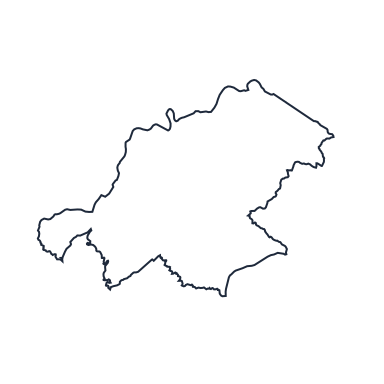 Villavieja, Huila, Colombia, rotated 32°
{"feature_id": "7082276B65922719732159", "entity_name": "Villavieja", "entity_type": "district", "adm_level": 2, "iso_a3": "COL", "parent_name": "Colombia", "parent_adm1": "Huila", "projection": "albers", "projection_center": [-75.128, 3.284], "detail": "fine", "context": "isolated", "style": "outline", "palette": "slate", "viewbox_px": 384, "rotation_deg": 32, "n_neighbors": 0, "source": "geoboundaries", "source_scale": "gbopen_adm2", "svg_char_len": 6061}
<svg xmlns="http://www.w3.org/2000/svg" viewBox="0 0 384 384"><g transform="rotate(32 192 192)"><path d="M87.1,313.9L88.3,313.8L89.0,314.0L90.1,314.7L90.3,315.3L91.6,315.6L92.0,316.7L94.8,316.3L95.4,317.2L95.3,317.7L96.0,318.3L96.0,319.3L96.8,319.8L98.8,319.0L99.8,319.5L100.5,319.4L101.4,319.0L102.2,317.8L103.2,317.6L105.7,319.1L106.8,318.9L107.2,319.2L108.5,317.5L109.4,317.1L109.9,317.6L110.5,319.2L113.3,320.6L115.5,319.2L116.8,319.0L118.8,319.4L117.1,317.2L116.2,317.1L117.1,316.5L116.8,315.7L115.9,309.9L115.7,306.6L117.2,301.8L117.0,300.3L115.3,298.9L116.2,293.6L117.4,291.5L117.8,289.6L120.3,288.2L124.9,281.5L125.8,277.0L127.0,278.0L126.5,279.7L126.6,284.2L127.2,285.8L127.8,286.7L128.8,287.3L131.8,287.6L132.6,289.1L131.9,290.0L130.4,290.5L130.3,291.5L130.7,292.0L132.2,291.9L134.2,290.0L136.4,289.3L138.8,289.7L140.0,290.3L141.0,291.0L141.9,292.4L142.4,292.6L143.0,292.6L145.1,291.5L146.0,291.6L148.8,293.3L150.5,295.7L151.1,295.4L152.1,294.3L152.8,294.5L154.0,297.9L154.8,298.5L154.8,299.7L155.2,299.9L155.9,299.8L156.7,298.6L156.5,296.3L156.7,295.3L157.2,294.8L157.6,295.1L158.1,296.6L157.6,300.7L158.0,301.6L160.2,304.5L160.0,307.1L160.4,308.5L161.7,310.3L164.1,312.0L164.1,312.4L163.4,312.9L163.4,313.2L163.7,313.5L164.9,313.0L167.2,311.3L167.7,310.2L169.3,310.4L169.7,311.3L171.0,312.0L170.0,312.9L168.2,313.0L167.9,313.4L167.7,314.3L168.4,316.7L169.0,317.0L170.0,316.1L170.6,316.0L171.4,316.5L171.7,317.6L174.2,318.1L173.6,315.7L175.2,313.6L177.9,310.9L179.3,308.6L179.4,308.1L178.4,306.3L178.9,304.2L180.3,302.8L180.4,302.0L182.7,299.5L183.3,297.3L184.3,295.9L184.1,294.8L185.0,291.6L185.5,290.9L187.3,289.7L188.6,288.2L193.8,270.5L194.1,270.2L196.0,270.6L197.4,264.4L198.4,262.6L199.3,263.8L200.1,264.3L200.4,263.7L201.3,263.7L201.6,263.9L201.8,264.7L203.6,265.3L204.5,264.9L205.2,264.9L205.3,264.2L206.3,263.6L206.6,263.9L206.6,265.7L207.4,267.6L207.4,268.4L208.6,268.5L209.8,268.1L210.5,268.5L212.7,267.3L213.2,267.3L213.4,268.1L214.3,268.8L214.3,270.4L215.5,270.4L216.7,269.9L217.3,270.0L218.2,271.0L218.4,272.0L219.3,271.3L220.5,269.1L221.7,269.0L221.7,269.6L221.9,269.8L223.0,269.4L223.9,269.6L224.7,270.8L226.0,270.3L227.0,270.3L227.6,270.9L228.1,272.6L227.9,274.3L230.0,272.9L230.6,272.9L232.5,274.6L233.0,275.9L232.8,276.6L233.2,276.7L235.1,276.3L235.9,275.3L236.0,274.1L237.0,272.6L240.6,271.6L241.0,270.6L242.3,270.9L243.0,271.9L244.6,271.1L246.6,271.6L248.2,269.6L250.2,268.9L252.0,267.5L252.7,266.6L255.7,266.9L256.6,265.5L257.7,265.0L257.7,264.1L259.1,264.4L259.5,264.3L260.1,262.7L260.5,262.5L262.3,262.9L263.6,262.0L264.6,260.7L266.0,260.9L266.1,261.3L267.0,260.8L267.3,260.8L269.4,263.5L271.5,264.4L273.0,264.3L275.7,262.3L273.4,258.8L272.2,256.2L268.5,244.8L268.4,242.6L269.0,241.1L269.9,237.2L270.7,235.5L275.3,229.8L278.1,225.7L281.8,222.9L283.7,220.8L290.4,206.8L292.4,203.7L294.7,201.5L296.9,198.2L302.5,195.8L304.1,195.8L305.0,194.8L303.7,193.5L302.7,190.1L300.3,188.7L299.2,188.5L296.0,188.8L293.5,187.7L292.1,188.2L290.0,188.1L289.5,188.6L287.3,189.1L285.5,189.1L283.7,188.3L282.7,188.2L282.3,188.3L281.9,189.3L281.1,189.3L278.2,187.9L277.1,187.7L275.8,187.0L275.1,186.9L274.0,185.7L272.9,185.2L272.0,185.7L270.7,185.7L269.5,186.2L266.5,185.7L264.4,186.0L263.5,185.7L262.7,184.6L262.2,184.4L261.5,184.5L260.8,186.1L259.8,186.5L258.4,184.1L257.8,183.7L256.8,183.4L255.2,183.5L254.3,182.8L253.6,181.8L252.1,182.3L253.1,179.1L253.0,178.7L251.7,177.6L252.3,176.7L255.1,174.9L256.0,171.5L257.1,169.4L258.0,168.7L261.1,168.5L262.5,167.4L262.8,165.9L261.8,161.5L261.1,160.0L263.4,155.7L263.9,153.0L265.2,151.6L265.3,151.0L265.0,149.4L263.5,148.6L263.1,147.6L263.8,145.8L264.1,143.5L264.8,142.4L264.7,142.0L263.6,139.2L262.1,137.7L261.2,134.2L262.0,132.4L262.8,132.0L263.5,130.3L265.4,128.7L265.5,127.3L263.8,125.8L263.0,124.7L261.0,123.2L261.4,122.7L262.9,122.3L263.8,121.4L264.7,121.3L265.3,120.8L264.4,116.5L264.0,115.6L263.7,112.3L264.2,111.5L265.6,110.3L266.8,109.8L268.2,110.0L270.5,109.7L271.8,108.5L273.3,108.3L274.5,107.7L275.6,106.3L277.6,106.0L279.5,106.4L281.9,106.4L284.3,105.7L283.9,104.2L282.3,101.7L282.9,101.3L284.1,101.2L288.0,101.3L288.4,101.0L287.9,96.6L286.9,94.8L286.2,94.0L286.2,93.3L285.4,92.8L284.4,92.7L282.5,90.4L281.3,90.1L280.3,89.3L277.6,88.4L277.1,87.8L276.4,87.7L275.6,86.6L276.3,84.8L276.1,83.7L276.4,83.0L275.9,81.6L276.1,78.6L277.0,78.2L277.7,75.7L278.1,75.1L280.2,73.9L281.1,72.0L282.9,70.4L282.0,69.4L280.3,68.7L277.5,69.9L276.2,69.7L275.2,69.1L274.1,67.6L272.9,67.0L265.4,67.3L264.3,66.8L262.7,66.6L261.6,66.0L260.9,66.1L260.2,66.5L259.4,66.4L257.8,67.3L257.1,67.3L209.2,65.7L208.4,66.9L207.1,67.6L200.5,68.1L197.9,66.7L195.6,66.4L192.3,64.4L190.5,63.7L187.2,63.4L185.3,64.1L183.7,65.9L182.9,67.3L182.0,70.6L182.1,71.6L182.8,73.1L185.7,75.6L183.7,77.9L182.3,78.1L179.9,80.7L178.5,81.4L172.1,81.3L168.6,82.3L166.6,83.4L164.7,86.3L164.2,89.2L164.0,94.9L164.8,99.3L166.1,104.3L166.3,108.6L165.7,114.0L163.7,115.5L161.2,116.3L156.9,119.9L154.5,120.1L152.2,121.6L151.7,124.4L145.7,132.8L144.1,134.4L143.2,135.7L142.5,137.0L142.1,139.2L141.1,140.4L139.6,140.3L138.1,139.4L134.9,135.0L132.7,133.5L130.1,133.0L129.2,133.4L128.6,134.4L128.5,135.9L128.8,139.1L129.8,140.1L134.0,142.3L137.5,145.2L139.1,147.9L139.8,150.1L139.6,151.6L139.1,152.5L126.5,153.3L125.4,153.8L124.5,154.9L123.8,156.3L123.5,160.1L122.8,161.6L121.5,163.3L117.2,164.9L114.6,165.4L112.8,166.2L111.3,167.3L109.8,169.5L109.4,171.7L111.2,179.5L111.3,180.6L109.5,184.6L109.6,185.5L111.7,188.9L113.2,190.6L114.7,193.2L115.5,195.8L115.8,197.6L114.9,204.7L115.3,205.7L115.0,208.2L115.2,209.4L115.8,211.0L117.8,213.2L120.1,214.7L121.1,217.4L121.9,221.5L121.1,222.7L120.7,227.0L120.8,227.9L122.6,229.4L122.6,237.3L120.9,242.0L116.8,242.7L116.6,247.4L115.9,251.7L116.1,254.4L118.0,261.6L115.4,263.4L112.0,265.1L107.3,265.7L104.1,267.5L98.3,271.7L95.2,272.8L93.8,274.3L91.5,279.8L90.7,281.0L89.1,282.6L88.0,283.2L87.4,284.0L87.4,286.2L86.2,290.0L84.6,291.5L80.7,292.9L79.2,295.5L79.0,297.7L80.1,301.2L81.1,302.3L81.8,306.3L83.4,306.9L84.6,308.3L85.7,310.8L85.9,313.1L87.1,313.9Z" fill="none" stroke="#1e293b" stroke-width="2"/></g></svg>